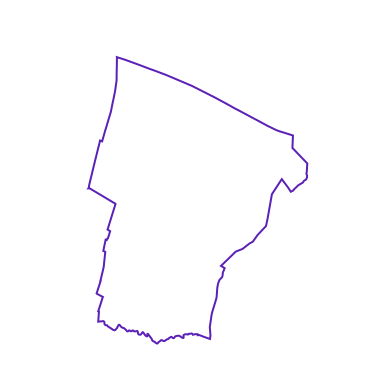 outline of Vadu Pasii, Buzau, Romania, rotated 258°
{"feature_id": "2599482B21628128014293", "entity_name": "Vadu Pasii", "entity_type": "district", "adm_level": 2, "iso_a3": "ROU", "parent_name": "Romania", "parent_adm1": "Buzau", "projection": "robinson", "projection_center": [26.877, 45.162], "detail": "fine", "context": "isolated", "style": "outline", "palette": "violet", "viewbox_px": 384, "rotation_deg": 258, "n_neighbors": 0, "source": "geoboundaries", "source_scale": "gbopen_adm2", "svg_char_len": 4058}
<svg xmlns="http://www.w3.org/2000/svg" viewBox="0 0 384 384"><g transform="rotate(258 192 192)"><path d="M233.0,290.6L234.6,287.9L235.5,286.7L238.7,282.6L241.4,279.1L241.9,278.6L251.6,267.1L255.5,262.5L266.2,249.7L268.1,247.6L279.2,234.6L295.7,214.1L311.8,191.1L319.1,179.7L321.4,175.9L327.8,166.0L334.6,155.1L335.4,153.8L339.5,146.6L339.2,146.6L338.0,146.3L334.1,145.4L327.6,143.9L322.2,142.6L321.5,142.5L316.4,141.3L311.0,139.3L307.1,137.9L303.8,136.5L300.6,135.1L298.3,134.1L294.3,132.3L287.3,129.3L277.1,123.7L272.3,121.1L270.4,120.0L260.2,114.6L261.5,112.8L258.5,111.4L254.9,109.6L253.7,109.0L252.0,108.2L250.4,107.4L249.3,106.9L247.7,106.1L246.7,105.6L245.8,105.2L245.4,105.0L244.2,104.4L243.8,104.2L243.2,103.9L242.8,103.7L242.5,103.5L242.2,103.4L241.8,103.2L241.5,103.1L240.9,102.8L240.7,102.7L239.9,102.3L239.0,101.9L237.7,101.2L236.4,100.7L236.0,100.4L234.6,99.8L233.9,99.4L231.7,98.4L230.8,98.0L228.8,97.0L228.4,96.8L226.7,96.0L226.5,95.9L224.7,95.0L224.3,94.8L223.0,94.2L222.1,93.8L221.8,93.6L221.5,93.5L220.9,93.2L220.0,92.8L218.9,92.4L218.3,92.2L218.0,92.0L217.5,91.7L217.3,91.6L217.1,91.4L217.0,92.1L216.9,92.6L213.0,96.8L198.2,112.7L196.4,114.7L196.2,114.7L187.3,109.7L172.8,101.6L170.7,103.8L164.1,100.1L164.0,99.4L162.7,98.6L163.3,97.6L157.4,95.0L152.8,93.0L151.5,94.7L151.4,94.7L136.9,90.0L124.2,84.0L124.1,83.9L123.9,84.1L112.6,77.6L111.9,78.2L107.9,83.0L107.8,82.9L94.8,75.5L94.5,76.1L93.9,76.0L90.1,74.9L84.7,73.3L84.1,78.5L83.3,79.2L80.9,79.0L79.8,79.6L79.5,80.4L79.3,81.2L78.0,81.8L76.3,83.6L75.3,84.5L74.7,85.1L73.9,86.0L73.5,86.3L73.4,86.5L73.2,86.7L73.1,87.0L73.0,87.3L72.9,87.4L72.9,87.9L72.9,88.0L73.0,88.2L73.3,88.8L74.1,89.7L74.3,90.1L74.6,90.4L75.1,90.7L75.6,91.2L76.1,91.6L76.5,91.9L76.8,92.1L77.0,92.4L77.2,92.7L77.3,93.1L77.2,93.3L76.8,93.7L76.0,94.1L75.3,94.4L74.7,94.8L74.3,95.1L73.7,95.9L73.2,96.6L73.2,96.9L72.8,97.3L71.9,98.0L71.4,98.3L71.0,98.6L70.4,99.0L69.6,99.3L69.2,99.7L69.0,100.1L69.1,100.7L69.3,101.1L69.6,101.5L69.7,101.8L69.5,102.2L69.2,102.5L68.7,102.9L68.6,103.5L68.4,104.0L68.6,104.6L68.9,105.0L68.9,105.3L68.8,105.6L68.1,106.1L67.7,106.5L67.5,107.3L67.4,108.3L67.5,109.4L67.2,109.8L66.4,109.9L65.4,109.8L64.5,109.8L63.9,110.2L63.4,110.8L63.2,111.6L63.2,112.2L63.7,112.9L64.7,113.9L65.1,114.5L64.8,115.1L63.5,115.6L61.4,116.5L60.4,117.5L60.1,117.9L60.4,118.4L61.2,118.6L62.3,118.8L62.5,118.9L62.5,119.2L61.9,119.6L61.0,120.1L59.0,121.0L57.2,121.8L56.1,122.2L55.1,122.2L54.5,122.6L53.8,123.4L53.7,123.7L53.5,124.0L53.0,124.5L52.7,124.7L52.3,124.8L52.0,125.1L51.5,125.8L51.1,126.2L51.0,126.5L51.1,126.9L51.4,127.3L51.8,127.7L52.1,128.1L52.7,129.5L52.9,130.0L53.1,130.3L53.4,130.8L53.5,131.1L53.4,131.6L53.0,132.1L52.3,133.0L52.1,133.5L51.9,133.9L52.0,134.3L52.7,135.9L53.2,137.2L53.1,137.4L53.1,138.0L53.2,138.3L53.6,138.7L54.0,139.5L54.3,140.3L54.5,141.0L54.6,141.4L54.6,141.7L54.3,142.0L53.7,142.5L53.1,143.1L52.9,143.4L52.8,143.6L52.9,144.0L53.3,144.5L54.2,145.5L54.4,146.6L54.4,147.8L54.2,149.0L53.7,150.1L52.3,151.3L51.4,152.2L51.1,152.8L51.1,153.3L51.4,153.6L52.0,153.7L53.1,153.7L53.8,154.1L54.2,155.2L54.1,156.6L53.6,158.0L53.5,159.0L53.9,159.2L53.9,159.8L53.7,161.2L53.7,161.7L53.7,162.2L53.3,162.7L52.7,163.1L52.2,163.2L52.2,164.1L52.3,165.5L51.7,167.9L51.1,167.8L50.7,167.8L50.7,169.1L49.4,171.2L47.7,173.8L45.9,176.7L44.5,179.0L47.6,180.2L56.1,181.3L68.0,185.7L70.3,186.8L80.8,192.6L83.3,193.9L84.0,194.2L92.6,196.7L93.8,197.1L94.9,197.6L97.1,198.5L98.0,199.1L99.6,200.1L100.2,200.6L100.6,201.0L101.7,202.7L102.0,203.2L102.5,203.7L103.3,204.3L103.9,204.5L105.2,205.0L106.0,205.1L106.9,205.5L108.0,206.3L109.3,207.2L110.1,207.6L110.7,208.1L111.0,207.8L111.3,207.5L111.6,207.2L111.8,207.0L112.2,206.6L113.0,205.8L113.7,205.0L124.6,222.4L125.8,229.5L129.7,237.6L130.7,241.1L136.3,247.2L143.3,257.3L150.5,260.5L173.2,269.7L177.3,273.8L185.9,282.5L176.4,286.9L171.7,288.7L172.3,291.0L173.7,292.9L176.5,297.4L178.2,302.4L179.7,303.9L180.5,306.2L182.5,307.6L184.4,308.0L186.1,307.7L188.3,308.6L196.0,310.7L214.2,299.4L226.3,302.5L233.0,290.6Z" fill="none" stroke="#5b21b6" stroke-width="2"/></g></svg>